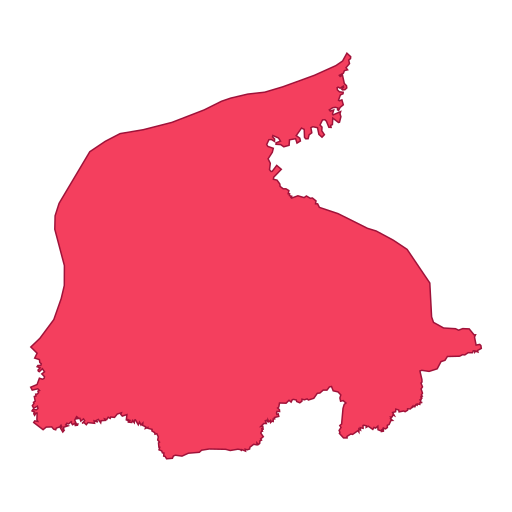 Rattanawapi, Nong Khai, Thailand (Mercator projection)
{"feature_id": "78962969B97368388626717", "entity_name": "Rattanawapi", "entity_type": "district", "adm_level": 2, "iso_a3": "THA", "parent_name": "Thailand", "parent_adm1": "Nong Khai", "projection": "mercator", "projection_center": [103.26, 18.207], "detail": "fine", "context": "isolated", "style": "filled", "palette": "rose", "viewbox_px": 512, "rotation_deg": 0, "n_neighbors": 0, "source": "geoboundaries", "source_scale": "gbopen_adm2", "svg_char_len": 5993}
<svg xmlns="http://www.w3.org/2000/svg" viewBox="0 0 512 512"><path d="M339.4,433.4L343.5,437.9L347.1,437.9L347.0,436.4L350.8,434.0L352.6,434.4L357.9,430.7L358.9,432.1L358.9,428.9L360.5,430.0L360.2,427.7L363.1,428.3L363.0,425.5L363.9,425.2L366.4,425.8L366.2,427.3L368.2,426.2L372.8,429.4L374.0,427.4L375.6,428.1L377.8,426.2L378.0,429.7L380.7,430.8L382.4,429.3L381.7,431.5L383.4,431.2L383.4,428.1L385.5,428.9L387.4,427.5L387.3,425.3L389.1,424.5L390.9,420.5L392.5,420.4L390.5,418.7L391.2,417.9L390.5,417.0L392.2,416.8L392.9,414.9L394.3,415.6L392.6,412.5L395.6,411.7L395.8,409.1L398.7,410.0L399.1,411.9L403.7,411.0L405.1,411.7L407.6,410.2L407.6,408.8L410.4,408.9L412.6,406.4L412.6,407.2L414.5,405.9L414.9,406.6L415.9,404.6L417.1,405.2L417.2,403.9L419.8,404.4L419.9,402.8L422.3,402.5L420.9,402.3L420.1,399.8L421.1,399.7L421.1,397.7L422.1,398.7L421.2,396.5L422.2,396.2L421.4,394.9L422.5,393.2L421.1,388.9L422.5,386.9L421.0,383.1L422.0,382.0L421.9,379.5L419.9,371.0L421.8,370.3L429.1,371.4L437.2,368.8L441.0,361.6L445.0,360.3L447.4,356.5L459.6,356.2L462.5,354.7L464.8,354.9L468.1,352.7L472.5,352.7L473.3,350.8L474.8,350.9L474.8,352.1L475.6,351.2L477.9,352.0L477.5,350.5L481.3,348.4L480.9,345.6L479.7,344.4L476.1,345.1L474.5,337.0L475.5,334.8L474.1,334.9L469.2,328.9L462.7,328.6L458.6,330.2L455.5,328.7L443.6,328.0L433.5,322.4L431.6,316.9L429.8,283.0L407.1,249.4L393.3,240.2L376.2,231.0L367.4,228.3L338.2,213.7L319.4,207.4L317.6,203.8L315.5,203.8L316.0,200.9L312.4,198.0L310.3,198.3L306.4,196.0L304.1,197.6L297.9,195.8L291.6,198.1L290.9,197.4L291.7,196.3L289.4,195.6L289.6,193.8L288.2,193.7L288.9,190.6L285.9,188.8L283.2,188.8L280.1,186.4L279.8,184.0L277.0,180.1L273.4,179.3L273.7,177.2L281.3,169.3L276.7,165.4L272.2,171.4L271.0,171.5L269.5,169.7L270.3,163.3L268.1,158.8L272.3,152.3L273.3,148.3L267.8,146.4L266.7,144.5L268.9,139.7L271.4,139.5L274.5,141.4L274.6,139.0L272.5,136.9L272.9,135.5L278.5,138.0L280.5,141.1L276.1,142.8L276.0,144.3L280.7,144.6L283.8,146.8L289.1,145.3L289.5,139.8L295.6,138.7L297.0,143.1L300.4,141.0L299.8,138.2L296.2,135.6L301.5,128.1L304.2,129.4L304.5,137.3L305.7,138.8L308.1,138.7L309.1,134.8L311.8,132.8L310.9,127.7L312.8,126.7L317.5,127.7L318.9,134.4L322.0,137.2L324.4,134.7L321.8,130.8L322.0,127.1L320.0,125.0L322.5,119.9L324.9,119.7L326.4,121.2L328.9,127.3L331.1,127.4L330.6,125.4L332.4,124.6L332.8,118.1L338.5,122.5L339.5,122.2L340.9,116.7L340.0,113.8L340.6,111.6L333.1,114.9L332.5,114.0L333.7,110.0L330.3,111.1L329.3,109.9L332.7,107.7L335.5,107.3L337.9,108.0L337.5,109.8L338.6,110.4L340.1,107.4L343.3,104.8L341.9,99.9L339.4,100.8L338.5,100.2L340.4,94.9L343.0,93.8L343.2,92.3L339.4,91.8L337.4,89.9L337.1,87.7L338.1,87.1L340.1,88.2L343.3,86.1L343.6,87.2L341.7,89.1L342.6,89.9L344.9,89.7L346.8,87.9L346.5,85.7L344.3,83.5L342.5,75.3L340.2,76.5L339.3,75.3L343.4,73.2L344.4,70.6L347.6,69.8L346.0,67.7L349.5,63.6L348.7,60.1L350.5,58.6L350.7,56.7L346.9,53.2L342.6,61.0L335.9,65.6L314.4,75.3L282.8,86.8L264.7,92.2L247.7,94.1L230.7,98.1L221.4,101.3L204.2,109.9L171.9,122.4L143.3,129.7L120.1,133.6L105.3,141.3L89.8,151.7L59.1,203.3L55.1,215.8L54.8,229.3L64.4,265.6L64.3,285.5L61.2,298.6L53.8,319.6L39.9,338.3L30.8,347.0L37.1,353.2L34.7,358.1L39.4,359.6L39.8,362.5L41.3,363.8L40.8,365.4L37.9,365.5L37.1,366.7L40.1,367.8L38.0,370.1L38.4,371.2L39.3,371.7L42.4,368.7L44.5,371.8L41.8,373.9L44.5,376.7L44.1,378.4L42.5,379.2L39.4,378.2L37.1,384.5L30.7,387.2L32.2,390.1L37.8,388.8L39.5,390.5L37.9,391.2L38.5,392.6L37.4,394.0L35.7,394.2L36.0,396.0L34.3,396.5L35.2,401.2L33.5,402.3L34.0,403.4L32.3,405.7L33.7,408.2L37.4,406.2L38.0,408.4L36.5,409.8L32.9,409.5L32.0,410.9L34.4,412.0L33.8,413.8L34.6,415.3L36.0,413.0L37.1,413.0L36.9,419.6L37.8,421.4L34.7,420.9L33.7,422.5L43.1,429.7L46.2,427.1L51.7,426.9L53.7,429.2L55.7,429.8L56.3,428.1L59.7,426.9L61.0,425.2L61.8,426.9L60.3,427.8L62.8,432.0L64.2,430.3L62.5,428.5L63.7,429.0L63.7,427.2L68.1,425.8L65.7,424.8L66.9,423.2L68.6,423.9L71.7,421.2L71.1,422.4L72.5,424.7L74.8,423.3L75.3,425.5L77.5,425.2L77.9,424.0L76.4,424.0L74.7,420.1L76.6,416.6L77.7,417.4L76.1,418.9L79.9,418.3L80.8,421.1L83.5,418.9L84.7,420.7L82.1,423.4L83.9,422.4L86.3,424.7L87.9,422.6L94.6,423.3L94.1,420.8L97.8,422.1L96.1,420.6L98.3,419.4L100.7,422.8L101.1,420.7L105.3,420.4L104.6,418.9L106.7,419.6L108.2,417.2L110.2,418.4L110.8,417.0L114.5,417.4L117.3,414.0L121.4,412.8L120.8,414.4L122.3,416.1L126.9,414.6L126.3,419.9L127.4,420.3L128.1,419.0L128.1,419.9L130.0,420.4L129.4,421.3L128.3,420.7L128.3,422.1L131.8,422.5L132.5,420.5L134.3,422.7L134.5,420.1L135.4,419.8L138.3,424.8L139.5,422.1L141.0,425.1L142.8,423.1L142.7,425.4L145.7,426.8L145.3,428.5L147.9,427.4L147.9,428.3L152.1,429.4L151.9,430.9L154.7,432.6L155.0,434.2L156.8,433.7L158.3,436.8L157.7,440.0L159.5,442.1L158.5,442.9L158.9,447.2L159.7,447.3L159.0,449.8L161.7,450.9L162.4,452.9L163.9,453.0L163.7,456.1L165.1,456.4L166.6,458.8L172.4,458.3L173.4,456.0L175.4,455.2L182.0,456.1L188.4,453.2L199.3,452.3L201.6,450.2L209.1,449.0L225.7,449.3L230.2,450.5L237.9,449.2L241.2,449.7L241.2,451.0L241.9,449.6L245.5,451.1L245.2,449.2L247.2,449.8L249.6,449.0L249.9,447.2L253.7,444.3L257.0,444.9L256.9,442.9L258.4,444.5L259.7,443.4L259.9,440.9L261.5,440.1L260.7,438.9L263.3,436.7L260.8,433.1L261.6,431.1L262.4,431.2L261.9,428.9L263.1,429.1L262.8,426.4L260.8,426.5L263.8,423.5L266.3,423.5L265.3,420.7L266.9,420.2L267.7,422.2L267.9,419.9L268.8,421.8L270.4,420.5L270.6,422.5L271.9,421.2L273.2,421.5L273.2,419.0L274.7,418.9L274.4,417.5L278.8,416.4L278.2,413.9L276.8,414.4L276.5,413.0L277.0,411.4L279.6,411.5L279.4,409.6L277.6,408.0L278.8,407.0L279.5,403.0L286.1,403.2L289.0,400.3L291.1,402.1L292.3,399.7L293.5,399.4L296.3,400.0L296.7,401.5L299.8,402.8L301.9,401.2L302.0,399.2L304.4,399.8L307.1,398.9L308.4,400.0L313.8,398.3L317.3,393.3L319.9,393.0L323.2,390.1L327.0,390.1L329.4,386.9L331.5,386.5L333.2,390.8L338.0,391.9L340.8,394.9L339.9,398.0L340.6,401.2L343.2,400.6L345.9,403.0L344.2,404.4L343.0,408.4L341.6,424.1L339.8,425.5L341.0,427.5L339.1,430.4L339.9,432.3L339.4,433.4Z" fill="#f43f5e" stroke="#9f1239" stroke-width="1.5"/></svg>